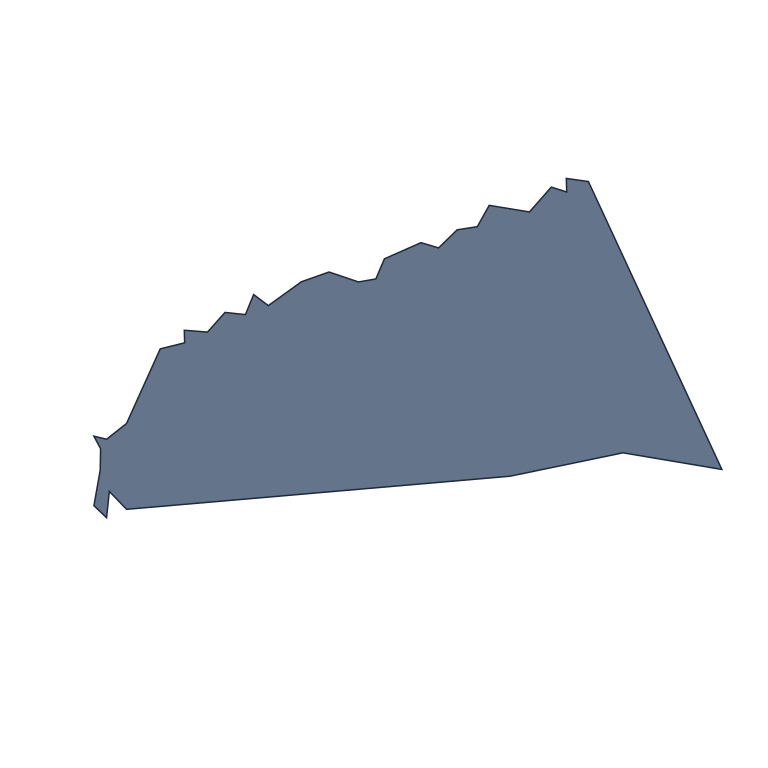 the district of Montgomery, Georgia, United States of America, rotated 77°
{"feature_id": "52423323B10770912620871", "entity_name": "Montgomery", "entity_type": "district", "adm_level": 2, "iso_a3": "USA", "parent_name": "United States of America", "parent_adm1": "Georgia", "projection": "albers", "projection_center": [-82.582, 32.151], "detail": "fine", "context": "isolated", "style": "filled", "palette": "slate", "viewbox_px": 768, "rotation_deg": 77, "n_neighbors": 0, "source": "geoboundaries", "source_scale": "gbopen_adm2", "svg_char_len": 601}
<svg xmlns="http://www.w3.org/2000/svg" viewBox="0 0 768 768"><g transform="rotate(77 384 384)"><path d="M224.7,160.1L238.0,162.8L229.8,176.7L249.1,203.6L233.6,241.3L251.7,257.7L250.2,278.0L263.7,300.2L254.6,316.1L262.1,355.4L279.8,368.3L278.8,386.0L262.5,412.4L265.8,441.5L281.6,479.1L267.5,490.9L285.2,503.4L278.5,522.8L293.7,544.3L286.7,566.5L299.0,569.0L299.4,594.1L364.5,643.7L375.4,666.7L369.6,678.4L383.3,674.7L404.1,679.9L437.3,694.0L451.9,684.4L426.9,675.8L448.2,663.0L502.2,281.8L504.8,166.7L543.3,74.0L232.7,139.3L224.7,160.1Z" fill="#64748b" stroke="#1e293b" stroke-width="1.5"/></g></svg>